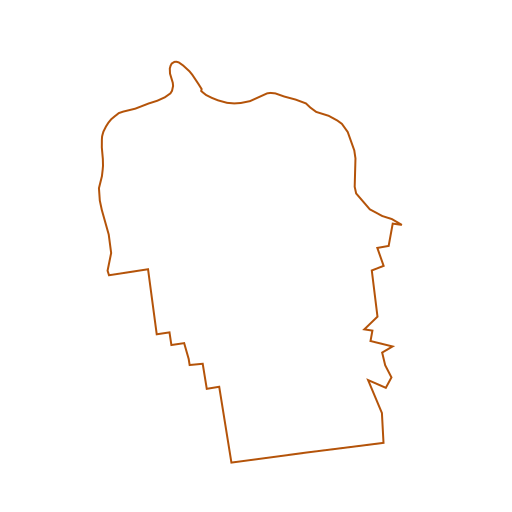 Harrison, Indiana, United States of America, rotated 171°
{"feature_id": "52423323B9300257868576", "entity_name": "Harrison", "entity_type": "district", "adm_level": 2, "iso_a3": "USA", "parent_name": "United States of America", "parent_adm1": "Indiana", "projection": "albers", "projection_center": [-86.093, 38.19], "detail": "fine", "context": "isolated", "style": "outline", "palette": "amber", "viewbox_px": 512, "rotation_deg": 171, "n_neighbors": 0, "source": "geoboundaries", "source_scale": "gbopen_adm2", "svg_char_len": 1410}
<svg xmlns="http://www.w3.org/2000/svg" viewBox="0 0 512 512"><g transform="rotate(171 256 256)"><path d="M336.3,423.7L337.9,423.5L352.2,420.4L364.5,419.4L369.2,418.6L371.6,417.2L373.3,416.3L377.5,413.8L380.9,410.8L383.9,407.4L387.2,402.8L388.3,400.5L389.3,398.2L390.0,395.2L391.3,387.3L392.1,375.7L393.0,369.0L394.0,365.0L395.7,358.9L400.5,347.6L401.6,335.2L401.1,325.7L398.1,300.2L398.6,281.6L404.9,264.7L404.2,260.0L364.7,259.8L366.3,194.2L353.4,194.1L353.5,181.3L340.6,181.2L338.6,164.9L338.6,158.7L325.5,157.9L325.4,132.5L312.8,132.6L312.6,55.8L237.5,54.0L159.3,51.5L156.2,81.2L164.7,115.9L148.4,105.5L141.2,114.9L145.5,127.9L146.5,140.9L135.3,145.3L156.2,154.1L152.7,164.1L160.5,166.6L145.5,177.1L143.9,223.6L131.5,226.3L134.9,245.0L123.4,245.2L115.9,266.6L107.1,263.9L116.0,271.2L125.0,275.7L136.3,284.3L147.3,302.1L147.7,308.9L142.5,336.8L142.4,344.9L146.0,364.1L150.3,372.7L150.6,373.2L154.5,377.1L162.3,383.1L174.0,388.9L179.2,394.2L182.8,398.9L192.4,404.3L203.2,409.1L211.5,413.6L216.2,414.8L219.5,414.9L237.7,409.9L247.1,409.5L253.6,410.1L260.6,411.8L269.2,415.7L274.9,419.1L280.1,422.8L283.3,426.3L284.3,427.6L283.6,429.4L285.9,434.8L290.6,445.0L292.8,448.8L298.2,455.6L302.0,459.3L304.2,460.3L306.2,460.5L309.1,459.3L310.6,457.3L311.8,454.7L312.4,449.6L311.1,440.1L311.3,436.9L313.1,432.3L315.1,430.0L321.2,427.0L329.2,424.8L336.3,423.7Z" fill="none" stroke="#b45309" stroke-width="2"/></g></svg>